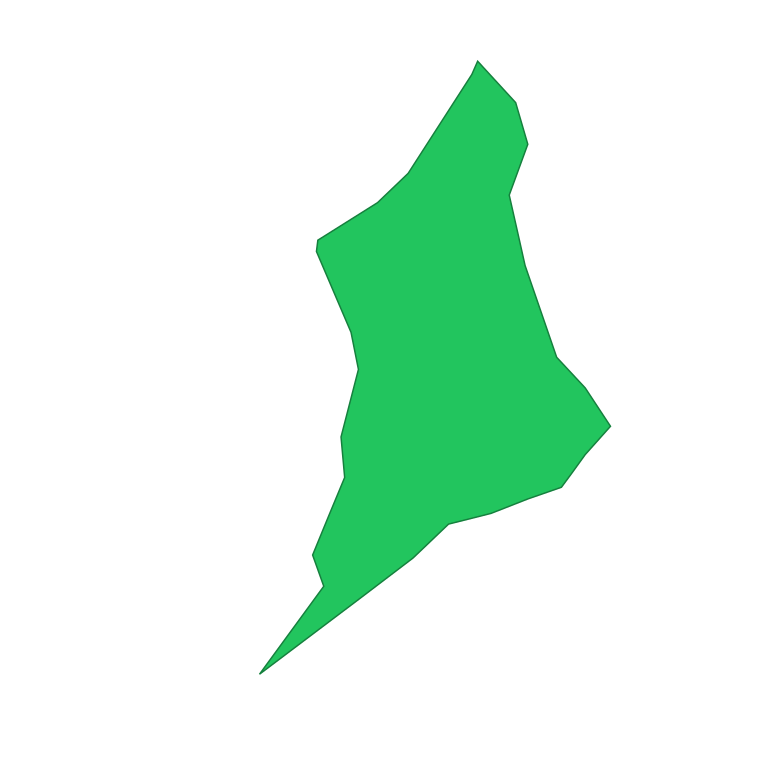 SVG path tracing the border of Az Zawiyah, rotated 321°
{"feature_id": "LBY-2975", "entity_name": "Az Zawiyah", "entity_type": "Municipality", "adm_level": 1, "iso_a3": "LBY", "parent_name": "Libya", "parent_adm1": "", "projection": "equal_earth", "projection_center": [12.658, 32.555], "detail": "fine", "context": "isolated", "style": "filled", "palette": "green", "viewbox_px": 768, "rotation_deg": 321, "n_neighbors": 0, "source": "natural_earth", "source_scale": "10m", "svg_char_len": 591}
<svg xmlns="http://www.w3.org/2000/svg" viewBox="0 0 768 768"><g transform="rotate(321 384 384)"><path d="M423.1,230.6L493.1,239.0L535.3,235.5L647.1,198.7L659.9,192.1L660.2,196.1L660.4,200.1L663.4,248.2L648.0,284.9L646.6,288.2L600.2,316.0L580.7,355.5L568.2,380.7L535.0,471.9L537.9,513.7L533.4,559.4L495.9,565.5L474.6,571.3L456.9,575.9L423.3,563.8L385.7,551.9L346.0,533.5L297.1,537.5L230.3,535.5L104.6,531.2L209.9,503.3L220.9,472.0L259.7,450.8L294.6,431.9L317.3,398.1L373.3,356.6L390.9,323.1L414.9,238.5L423.0,230.7L423.1,230.6Z" fill="#22c55e" stroke="#15803d" stroke-width="1.5"/></g></svg>